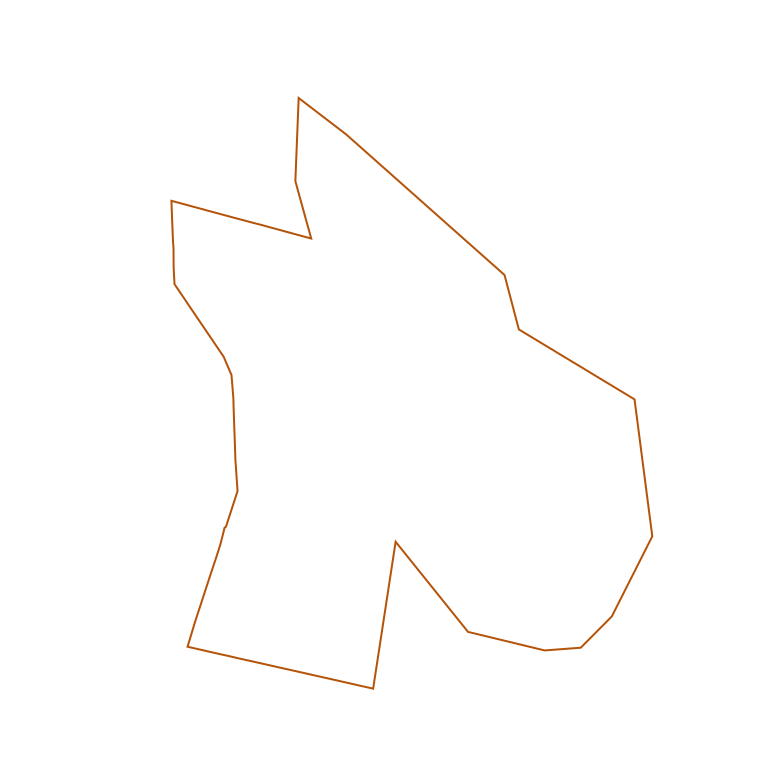 the district of San Martín de los Cansecos, Oaxaca, Mexico, rotated 349°
{"feature_id": "50627088B42113519243267", "entity_name": "San Martín de los Cansecos", "entity_type": "district", "adm_level": 2, "iso_a3": "MEX", "parent_name": "Mexico", "parent_adm1": "Oaxaca", "projection": "robinson", "projection_center": [-96.733, 16.659], "detail": "fine", "context": "isolated", "style": "outline", "palette": "amber", "viewbox_px": 768, "rotation_deg": 349, "n_neighbors": 0, "source": "geoboundaries", "source_scale": "gbopen_adm2", "svg_char_len": 1041}
<svg xmlns="http://www.w3.org/2000/svg" viewBox="0 0 768 768"><g transform="rotate(349 384 384)"><path d="M618.3,584.7L627.0,446.9L526.8,356.2L523.1,300.0L394.5,131.8L354.8,87.0L335.7,167.9L338.9,209.6L339.9,221.8L340.3,227.3L333.4,223.9L331.1,222.8L301.5,208.2L294.3,204.6L285.0,200.2L280.9,198.2L266.5,191.2L251.6,183.9L229.4,173.0L210.3,163.6L207.2,183.4L204.8,199.0L204.1,203.6L203.3,210.5L199.7,229.7L197.4,246.0L209.1,273.5L222.9,305.8L231.8,326.6L236.0,346.1L235.3,352.4L233.4,369.3L231.9,378.3L229.5,393.3L226.5,412.4L223.6,430.5L222.0,443.6L219.8,461.2L217.8,464.8L204.9,488.1L201.6,494.0L200.1,494.6L197.7,499.8L192.7,510.4L185.9,522.8L176.8,538.9L159.8,569.5L153.4,581.0L141.0,604.4L165.6,615.3L171.5,617.9L179.9,621.5L189.9,626.0L206.0,633.0L215.8,637.3L223.5,640.7L232.6,644.7L259.3,656.4L300.9,674.7L301.8,675.1L312.6,679.8L315.2,681.0L321.8,662.6L329.4,641.4L338.6,615.7L355.1,569.6L365.3,541.1L367.1,544.5L419.2,643.4L490.9,676.2L526.8,680.4L563.2,655.7L618.3,584.7Z" fill="none" stroke="#b45309" stroke-width="2"/></g></svg>